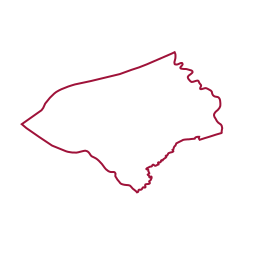 Phu Tan, Cà Mau, Vietnam, rotated 66°
{"feature_id": "81297802B51702434363712", "entity_name": "Phu Tan", "entity_type": "district", "adm_level": 2, "iso_a3": "VNM", "parent_name": "Vietnam", "parent_adm1": "Cà Mau", "projection": "equal_earth", "projection_center": [104.939, 8.879], "detail": "fine", "context": "isolated", "style": "outline", "palette": "rose", "viewbox_px": 256, "rotation_deg": 66, "n_neighbors": 0, "source": "geoboundaries", "source_scale": "gbopen_adm2", "svg_char_len": 4855}
<svg xmlns="http://www.w3.org/2000/svg" viewBox="0 0 256 256"><g transform="rotate(66 128 128)"><path d="M166.1,41.9L165.5,41.8L164.0,41.5L162.7,41.7L162.0,42.1L159.8,43.4L157.7,44.0L155.0,44.2L153.2,44.5L152.3,44.4L151.5,44.3L150.9,44.0L150.4,43.7L149.9,43.1L149.3,42.2L148.8,41.2L148.0,38.5L146.8,36.2L145.6,34.9L144.8,34.4L143.1,33.6L140.4,32.7L139.2,32.5L138.3,32.5L137.1,32.8L136.6,33.1L136.1,33.6L135.3,34.8L134.6,35.8L133.9,36.4L132.7,37.0L131.8,37.1L130.8,37.1L129.0,36.7L128.1,36.9L127.4,37.2L125.1,38.9L123.8,40.0L123.3,40.6L123.1,41.0L122.9,41.6L122.7,42.9L122.5,44.4L122.3,45.3L122.1,45.7L121.8,46.0L121.5,46.1L121.2,46.0L120.4,45.4L119.8,44.6L119.2,44.1L118.8,43.9L118.4,43.9L118.1,43.9L116.8,44.3L115.8,44.5L114.7,44.5L113.9,44.5L113.4,44.7L113.1,45.0L112.9,45.4L112.7,46.2L112.6,46.7L112.5,47.6L112.2,50.1L111.9,50.8L111.7,51.3L111.1,51.7L110.3,52.1L108.3,52.7L107.1,52.9L105.9,52.7L105.5,52.4L105.2,51.9L104.8,51.1L104.4,49.2L103.9,47.4L103.5,46.6L103.2,46.3L102.8,46.2L102.4,46.1L101.8,46.3L101.2,46.7L99.6,48.6L98.1,50.4L97.6,51.2L96.8,53.0L95.9,54.5L95.3,55.4L94.7,55.7L94.3,55.7L94.0,55.5L93.6,55.0L92.8,53.2L92.4,52.6L92.0,52.2L91.4,52.1L90.8,52.1L90.4,52.6L90.2,53.1L90.1,54.0L90.1,56.2L90.0,57.1L89.8,57.8L89.5,58.3L89.1,59.0L88.7,59.3L88.3,59.3L87.9,59.2L87.1,59.0L86.3,58.5L85.3,57.7L83.5,56.3L81.5,55.3L79.9,54.7L78.5,54.6L77.7,54.6L77.8,57.4L77.5,84.9L77.1,93.4L76.3,101.0L75.4,113.6L72.7,128.2L70.0,142.8L66.6,158.8L66.2,161.9L65.8,165.7L65.5,173.0L65.6,175.7L65.9,178.8L66.5,181.3L68.6,187.0L72.0,193.7L75.2,197.3L76.6,199.8L81.3,223.5L86.7,220.9L99.9,212.9L113.2,204.5L123.4,194.7L124.2,193.9L125.3,192.6L126.7,190.5L127.9,188.6L128.8,186.6L129.5,185.2L130.0,183.1L130.2,181.8L130.6,179.5L130.9,178.0L131.1,177.1L131.4,176.2L131.8,175.7L132.0,175.5L132.8,174.6L134.1,173.9L135.6,173.5L137.0,173.3L138.3,173.0L139.3,172.5L141.3,170.8L142.7,169.7L144.2,168.8L146.2,167.9L148.5,167.1L150.2,166.5L152.0,166.1L154.8,165.5L156.8,164.9L157.9,164.3L159.4,163.5L160.3,162.7L161.1,161.8L161.7,160.6L162.3,159.1L162.5,158.8L162.7,158.5L163.3,158.1L163.9,158.0L164.7,158.0L165.9,158.7L166.5,159.0L167.1,159.2L168.3,159.0L170.7,158.7L173.5,157.9L175.2,157.5L176.0,157.1L176.7,156.5L177.6,155.5L178.6,154.1L179.8,152.0L180.2,151.2L180.7,150.5L181.2,149.9L181.7,149.5L183.1,149.0L185.4,148.3L186.1,147.9L188.4,146.7L189.8,146.1L190.4,146.0L190.5,145.6L190.5,145.3L190.5,145.1L190.4,144.8L190.3,144.6L190.0,144.3L189.2,143.8L189.0,143.5L188.9,143.2L188.9,142.9L189.0,142.6L189.5,141.7L189.6,141.4L189.6,141.0L189.6,140.7L189.5,140.3L188.6,139.0L188.4,138.6L188.4,138.3L188.4,138.1L188.9,137.5L189.2,137.0L189.3,136.7L189.2,136.2L188.8,135.9L188.1,135.9L187.4,135.7L187.0,135.4L186.7,135.1L186.7,134.7L186.7,134.3L186.9,133.7L187.5,131.9L187.5,131.4L187.5,131.0L187.4,130.7L187.1,130.4L186.8,130.4L186.1,130.4L185.7,130.5L185.5,130.4L185.3,130.3L185.2,130.0L184.9,128.8L184.6,128.2L184.2,127.8L183.4,126.9L182.7,126.5L182.3,126.5L182.1,126.4L181.9,126.5L181.7,126.7L181.7,126.9L181.7,127.2L181.9,127.6L182.0,127.9L182.1,128.1L182.0,128.3L181.9,128.4L181.7,128.5L181.4,128.5L181.1,128.4L180.8,128.2L180.6,128.2L180.3,128.2L180.1,128.3L179.0,128.9L178.8,128.9L178.6,128.9L178.5,128.6L178.2,127.3L178.2,127.1L177.7,126.9L177.0,126.9L175.9,127.0L175.0,126.7L174.6,126.5L174.4,126.5L174.1,126.6L173.9,126.7L173.4,127.7L173.1,127.9L172.8,127.8L172.8,127.7L172.7,127.5L172.5,127.2L172.4,126.6L172.4,125.8L172.3,124.0L172.3,123.6L172.4,123.2L172.6,122.6L172.7,122.1L172.6,121.9L172.5,121.6L171.9,120.9L171.8,120.5L171.7,120.2L171.8,119.8L172.0,119.6L173.2,118.9L173.5,118.6L173.7,118.1L173.7,117.7L173.7,117.0L173.6,116.5L173.6,115.9L173.7,115.1L173.7,114.9L173.4,114.7L173.1,114.6L172.9,114.6L172.2,114.8L172.0,114.7L171.8,114.4L171.8,114.2L171.8,113.9L172.0,113.7L172.2,113.3L172.4,112.9L172.4,112.5L172.3,112.1L172.1,111.6L171.8,111.4L171.2,111.0L171.1,110.8L171.1,110.6L171.1,110.2L171.5,109.9L171.7,109.6L171.6,109.4L171.4,109.1L171.1,108.8L171.0,108.5L170.9,108.2L170.8,107.6L170.4,105.6L170.2,105.1L170.0,104.8L169.8,104.6L169.6,104.5L169.4,104.5L168.9,104.8L168.7,104.4L168.8,104.0L168.9,103.4L168.8,103.1L168.6,102.7L168.4,102.4L168.0,102.0L167.7,101.7L167.5,101.2L167.5,100.6L167.6,99.4L168.0,97.4L168.0,97.1L168.0,96.9L167.9,96.5L167.6,96.0L166.2,96.2L166.2,95.8L166.1,95.5L165.8,95.1L165.2,94.7L164.2,93.7L163.8,93.2L163.6,92.7L163.5,92.4L163.4,92.1L163.4,91.9L161.7,90.1L161.5,86.6L161.4,84.1L161.4,83.7L161.3,83.2L161.3,82.4L161.6,81.1L162.0,79.9L162.6,78.2L163.1,77.0L164.0,74.0L164.9,71.4L164.7,71.1L164.4,70.8L164.2,70.5L164.1,70.0L164.1,69.5L164.2,68.6L164.5,67.7L165.0,66.6L165.9,67.3L166.3,67.5L167.4,67.4L167.9,67.3L168.1,65.5L168.5,61.8L169.0,58.0L169.5,53.4L169.8,50.6L170.3,46.9L170.6,44.8L170.5,44.4L170.4,44.3L169.3,43.9L168.2,43.2L167.3,42.6L166.5,42.0L166.1,41.9Z" fill="none" stroke="#9f1239" stroke-width="2"/></g></svg>